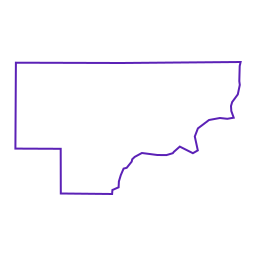 the district of Arenac, Michigan, United States of America
{"feature_id": "52423323B18748750980244", "entity_name": "Arenac", "entity_type": "district", "adm_level": 2, "iso_a3": "USA", "parent_name": "United States of America", "parent_adm1": "Michigan", "projection": "orthographic", "projection_center": [-83.781, 44.037], "detail": "fine", "context": "isolated", "style": "outline", "palette": "violet", "viewbox_px": 256, "rotation_deg": 0, "n_neighbors": 0, "source": "geoboundaries", "source_scale": "gbopen_adm2", "svg_char_len": 570}
<svg xmlns="http://www.w3.org/2000/svg" viewBox="0 0 256 256"><path d="M15.9,62.7L15.4,148.6L60.7,148.8L60.8,193.5L112.1,194.0L112.4,190.0L118.6,187.3L118.9,181.4L120.8,175.1L123.6,168.6L126.7,167.8L131.7,161.6L132.2,159.3L134.7,156.9L141.9,153.0L157.3,155.0L166.4,155.1L172.8,153.2L173.9,151.8L179.8,146.6L192.9,153.2L197.8,150.4L194.8,136.5L197.9,128.4L209.0,120.0L219.9,118.0L227.3,118.8L233.7,117.7L231.3,111.0L231.0,106.0L232.2,102.0L237.8,94.4L239.8,84.9L239.3,81.2L239.7,66.0L240.6,62.0L121.4,63.0L15.9,62.7Z" fill="none" stroke="#5b21b6" stroke-width="2"/></svg>